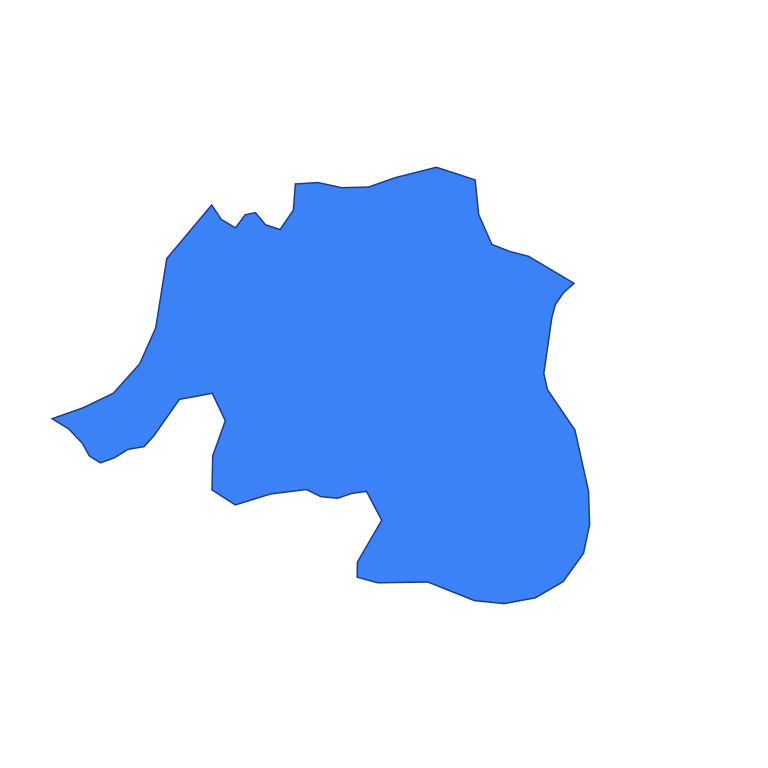 the border of Cəlilabad, rotated 213°
{"feature_id": "AZE-1700", "entity_name": "Cəlilabad", "entity_type": "District", "adm_level": 1, "iso_a3": "AZE", "parent_name": "Azerbaijan", "parent_adm1": "", "projection": "albers", "projection_center": [48.489, 39.203], "detail": "fine", "context": "isolated", "style": "filled", "palette": "blue", "viewbox_px": 768, "rotation_deg": 213, "n_neighbors": 0, "source": "natural_earth", "source_scale": "10m", "svg_char_len": 951}
<svg xmlns="http://www.w3.org/2000/svg" viewBox="0 0 768 768"><g transform="rotate(213 384 384)"><path d="M279.5,571.9L283.2,558.2L283.6,544.0L279.4,531.1L255.7,479.9L243.9,468.3L198.8,449.4L154.1,405.5L135.0,378.1L124.5,350.8L126.1,315.9L140.7,287.0L163.6,265.3L190.1,251.6L239.4,241.8L280.9,213.9L301.3,207.4L309.3,220.1L311.7,268.5L340.2,284.4L351.5,274.7L360.7,262.9L375.4,255.2L391.7,253.2L419.1,230.1L442.9,201.6L470.6,201.5L488.5,230.4L497.1,266.8L523.0,282.7L547.2,259.7L548.8,215.2L551.1,200.8L563.2,189.7L569.9,175.3L578.9,163.4L591.9,163.2L604.5,169.9L623.7,174.6L643.5,174.1L623.4,200.2L605.9,229.0L599.9,267.8L606.0,306.7L634.5,370.9L626.0,440.3L610.1,433.4L593.6,434.0L592.6,450.3L585.2,457.7L570.2,453.0L555.3,456.9L554.7,480.5L567.3,503.5L548.9,517.1L526.5,525.5L504.2,540.8L486.6,563.6L458.1,594.3L418.7,604.8L396.8,577.6L369.6,559.8L350.8,563.6L332.3,569.8L279.5,571.9Z" fill="#3b82f6" stroke="#1e3a8a" stroke-width="1.5"/></g></svg>